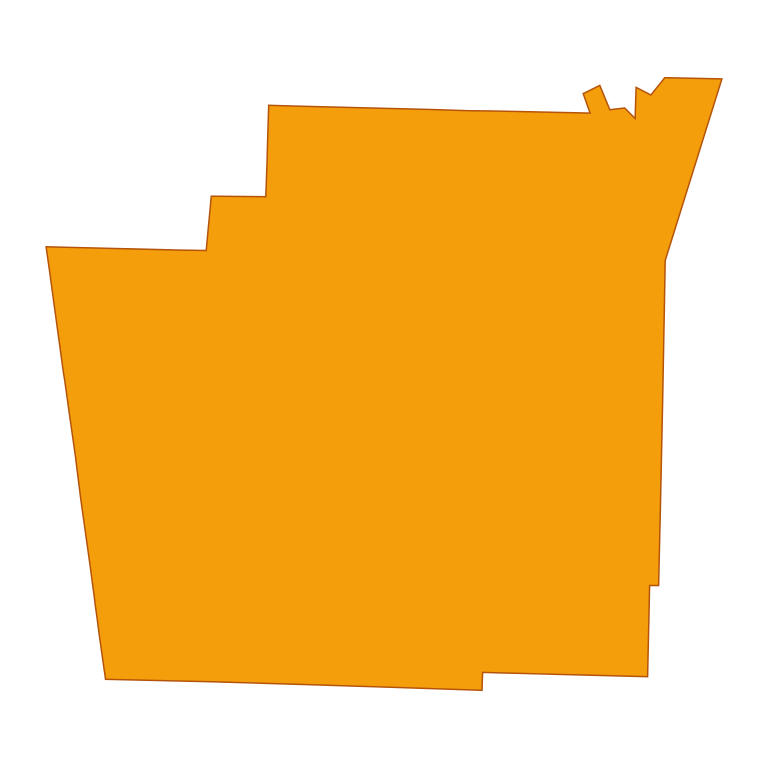 Washington, Arkansas, United States of America
{"feature_id": "52423323B11717840957677", "entity_name": "Washington", "entity_type": "district", "adm_level": 2, "iso_a3": "USA", "parent_name": "United States of America", "parent_adm1": "Arkansas", "projection": "albers", "projection_center": [-94.296, 35.993], "detail": "fine", "context": "isolated", "style": "filled", "palette": "amber", "viewbox_px": 768, "rotation_deg": 0, "n_neighbors": 0, "source": "geoboundaries", "source_scale": "gbopen_adm2", "svg_char_len": 892}
<svg xmlns="http://www.w3.org/2000/svg" viewBox="0 0 768 768"><path d="M46.1,246.8L50.4,277.0L50.5,278.2L62.5,365.8L63.4,372.3L64.6,379.7L66.2,391.0L70.0,418.5L70.1,418.9L73.7,444.1L74.0,446.2L75.4,456.2L75.7,457.7L75.7,457.9L75.7,458.6L80.8,499.4L90.7,569.9L92.7,585.4L94.0,594.6L95.4,606.1L97.3,619.7L97.7,623.0L97.9,624.5L98.8,631.7L99.4,636.0L103.9,667.8L105.1,675.8L105.5,679.3L213.5,681.8L319.7,685.0L322.3,685.1L392.3,687.3L482.0,690.3L482.6,672.4L500.8,672.9L647.6,676.7L649.6,585.5L658.6,585.5L660.3,512.7L662.6,402.9L663.9,332.7L665.2,260.5L721.9,78.9L664.8,77.7L650.9,95.0L636.1,87.4L635.1,118.5L624.7,108.0L609.8,109.7L599.8,85.4L583.2,93.6L590.1,113.1L513.1,111.4L492.7,111.0L467.7,110.7L431.2,109.5L422.9,109.3L291.8,106.0L268.7,105.3L267.4,147.8L267.1,160.8L265.8,196.7L211.3,196.2L206.2,250.5L180.0,250.1L46.1,246.8Z" fill="#f59e0b" stroke="#b45309" stroke-width="1.5"/></svg>